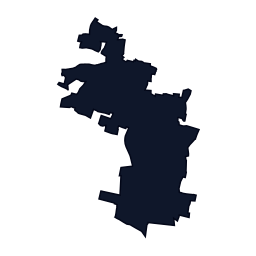 the district of Tinum, Yucatán, Mexico, rotated 275°
{"feature_id": "50627088B49969803808999", "entity_name": "Tinum", "entity_type": "district", "adm_level": 2, "iso_a3": "MEX", "parent_name": "Mexico", "parent_adm1": "Yucatán", "projection": "mercator", "projection_center": [-88.459, 20.741], "detail": "fine", "context": "isolated", "style": "filled", "palette": "ink", "viewbox_px": 256, "rotation_deg": 275, "n_neighbors": 0, "source": "geoboundaries", "source_scale": "gbopen_adm2", "svg_char_len": 5872}
<svg xmlns="http://www.w3.org/2000/svg" viewBox="0 0 256 256"><g transform="rotate(275 128 128)"><path d="M170.3,180.0L163.0,179.0L163.1,176.0L166.1,176.1L166.1,170.4L164.0,170.6L164.9,164.9L165.3,163.5L165.4,162.9L165.1,161.4L165.2,160.8L165.0,160.2L163.6,160.0L164.2,152.5L162.8,152.3L162.0,152.3L163.1,149.8L164.2,147.8L167.3,147.6L167.2,141.6L168.2,141.8L169.8,142.4L171.2,142.8L172.1,143.2L172.8,143.5L173.1,143.4L173.8,143.6L174.3,143.5L175.6,143.5L176.7,143.7L176.6,144.3L176.5,145.3L176.4,146.1L176.4,146.9L177.2,146.8L178.8,146.6L179.1,146.6L180.0,146.6L180.5,146.7L182.0,146.6L182.9,146.7L183.4,146.7L183.7,146.8L183.8,148.0L183.8,149.1L183.6,149.9L184.5,150.1L185.0,150.3L185.3,150.3L185.9,150.3L186.2,150.4L186.8,150.9L187.1,150.9L187.9,150.9L188.8,151.3L189.1,151.3L189.8,150.9L190.1,150.3L190.3,149.5L190.7,148.6L191.1,147.3L191.5,145.6L191.5,145.1L193.0,144.6L193.9,144.6L194.2,139.5L193.9,139.1L195.5,135.9L195.5,132.9L195.7,132.2L196.7,130.3L197.1,129.6L195.5,129.3L196.0,128.2L194.4,127.6L195.0,123.7L195.1,122.7L195.1,122.4L195.3,121.4L194.0,120.8L194.0,119.3L195.7,116.5L196.3,116.2L198.0,117.7L199.0,116.1L199.5,115.6L200.4,116.2L200.9,116.8L202.1,117.2L202.5,117.0L209.3,117.0L210.5,117.1L211.3,117.1L215.5,117.4L216.0,114.7L215.7,113.8L215.5,112.2L215.1,110.9L215.1,109.9L216.9,110.4L218.5,110.9L218.5,111.5L218.6,112.9L218.8,113.6L220.3,114.0L220.4,112.9L220.1,111.7L220.2,111.1L220.2,110.1L220.3,109.3L220.9,109.4L221.6,106.8L223.1,107.3L223.6,107.7L224.2,107.9L227.2,107.7L225.8,105.3L224.8,103.8L225.0,103.2L226.1,101.4L226.2,101.0L226.8,100.2L227.3,98.5L227.4,97.7L227.4,95.8L227.6,94.7L227.5,93.9L227.9,93.4L230.1,89.3L231.2,87.3L233.1,88.6L234.6,85.8L231.3,84.0L230.7,83.6L228.0,82.2L227.2,82.1L226.5,81.8L224.8,81.6L222.3,81.3L217.9,81.5L218.0,79.7L218.0,78.3L218.0,77.5L217.6,75.0L216.7,74.6L216.6,74.3L216.2,72.7L216.2,72.1L216.1,71.4L210.2,70.4L209.5,74.2L207.3,73.3L203.9,73.0L203.9,73.4L203.7,75.0L203.7,75.8L203.8,76.1L203.9,76.5L203.9,76.8L204.3,78.7L204.4,79.6L204.2,81.2L204.1,82.4L203.9,83.9L203.7,85.3L203.2,86.7L202.6,87.9L202.1,89.3L201.3,91.8L202.2,92.5L202.9,92.9L203.3,93.2L203.6,93.3L204.2,93.4L205.7,93.5L206.6,93.5L207.6,93.8L208.6,93.7L209.5,93.8L209.9,93.7L210.6,93.4L211.6,93.1L211.5,94.4L211.8,95.3L211.8,95.6L211.7,97.3L211.7,98.5L211.6,99.2L210.2,98.8L208.3,98.4L207.5,98.1L206.7,97.8L205.5,97.5L204.3,96.6L203.6,96.2L203.2,95.9L202.9,95.7L201.5,95.1L200.2,94.9L199.9,95.3L199.8,95.5L199.5,95.9L199.3,96.6L199.0,97.2L198.3,98.3L197.7,100.0L196.4,100.2L195.8,100.2L195.3,100.1L194.6,100.1L191.5,100.4L191.4,99.8L191.0,99.3L190.7,98.6L190.3,97.5L189.7,95.5L189.4,94.9L189.0,94.1L188.8,93.3L188.5,92.9L188.3,92.3L188.1,91.1L187.9,90.6L187.6,90.1L187.6,89.6L187.5,89.1L187.5,88.3L187.6,88.1L187.6,87.4L187.7,86.8L187.8,85.7L188.1,84.3L188.1,83.0L187.8,79.2L187.6,78.5L187.5,76.7L187.2,74.9L187.1,74.6L186.8,74.1L185.7,72.7L185.0,71.8L184.0,70.8L183.8,70.4L182.6,67.9L182.3,66.6L182.1,66.1L182.1,65.8L181.5,63.6L181.3,62.9L181.3,62.4L181.1,61.8L181.0,61.5L180.9,61.2L180.8,60.1L180.8,59.3L180.7,58.1L180.6,57.3L177.7,57.8L177.0,57.4L176.2,57.3L175.4,57.4L174.5,57.8L174.9,59.9L172.8,61.5L166.3,60.6L167.3,55.4L166.7,55.1L165.5,54.3L164.7,55.6L164.2,56.8L163.6,58.0L162.6,61.0L162.5,61.4L162.1,62.3L161.8,63.3L161.5,63.9L161.1,64.4L161.0,64.8L160.3,65.1L165.9,64.1L172.3,72.1L171.9,74.6L170.5,77.1L170.4,79.1L170.6,81.9L166.7,79.8L162.9,76.7L158.9,75.3L156.9,73.8L157.2,73.2L157.2,72.5L157.8,69.0L155.6,68.3L151.2,59.8L146.3,59.1L143.2,58.9L143.4,67.9L144.2,69.2L144.3,69.9L144.1,70.6L143.9,71.0L143.6,71.8L143.4,73.6L141.4,73.4L140.9,73.8L140.7,74.2L140.2,74.9L139.9,75.4L139.5,76.0L138.7,76.9L138.4,77.4L138.1,78.6L137.5,81.8L137.3,82.9L137.0,84.6L135.2,88.5L135.1,88.8L134.7,89.7L135.6,89.9L139.8,91.0L141.3,91.4L143.6,92.0L142.9,94.3L142.4,95.6L141.8,96.5L141.1,102.2L140.9,104.0L139.9,108.0L142.0,109.0L141.6,110.2L141.4,111.8L139.5,111.5L136.5,110.3L135.6,109.8L136.0,108.7L138.1,100.3L134.3,99.4L131.8,98.9L129.9,98.4L129.1,99.3L128.4,100.1L128.1,100.6L127.8,102.5L127.8,102.8L128.1,103.5L128.3,104.1L128.7,105.7L127.7,105.7L126.5,105.8L126.0,105.7L125.0,105.6L123.6,105.3L123.0,105.3L121.3,111.7L121.0,113.5L120.9,115.2L120.6,117.7L126.0,118.3L126.2,117.8L126.6,117.7L129.3,118.5L128.1,122.4L127.3,125.8L129.0,126.3L128.5,128.5L126.6,128.3L119.9,126.1L118.1,125.9L116.9,125.9L115.0,126.0L112.0,126.6L109.1,127.8L101.0,132.3L99.6,132.9L91.3,135.7L91.1,135.8L90.2,135.7L90.0,134.2L88.0,124.5L79.7,123.6L79.9,125.2L60.4,125.9L62.5,109.1L62.8,107.2L62.8,106.5L54.8,105.3L52.1,121.2L51.4,121.1L50.8,123.7L48.3,123.8L48.2,124.2L47.6,124.1L47.0,123.8L46.3,123.7L41.9,123.5L39.3,123.2L38.3,123.0L38.1,122.8L37.4,124.1L36.8,125.4L36.2,127.1L35.6,128.3L33.9,131.6L32.2,135.2L31.9,138.6L30.9,140.6L29.1,144.4L27.4,148.2L26.3,150.6L21.4,154.7L32.7,155.2L33.4,155.4L34.7,156.2L35.6,156.2L35.1,179.6L35.0,182.7L42.1,181.4L39.7,185.3L41.3,185.7L44.0,186.5L45.8,186.6L44.2,196.6L48.5,196.6L48.5,195.0L55.4,195.3L58.0,196.3L61.0,196.5L61.1,197.5L61.2,201.0L61.4,201.0L67.0,201.7L67.4,199.2L67.2,197.8L67.3,197.2L67.3,195.3L67.4,191.6L67.5,190.7L67.7,188.3L68.0,187.3L68.2,186.6L68.4,184.8L72.1,184.0L79.2,185.0L84.0,186.9L83.7,189.3L88.9,189.9L90.2,189.5L100.9,188.9L101.7,188.3L104.6,187.8L105.5,190.6L107.7,190.5L113.7,189.2L116.9,191.1L118.0,192.0L121.2,194.5L122.5,195.4L122.8,196.1L123.7,196.2L125.4,196.7L125.7,196.7L128.1,197.4L132.6,198.9L135.3,186.2L134.8,183.5L134.8,182.9L134.9,181.8L135.6,178.6L137.7,178.3L138.5,178.0L138.6,177.7L138.5,177.4L138.6,177.2L139.3,177.0L142.8,176.8L143.0,177.1L142.9,177.8L142.5,179.1L142.3,181.0L141.0,181.8L140.5,182.2L140.0,182.7L139.8,183.1L139.8,183.5L140.0,184.0L143.9,184.3L146.7,184.7L146.9,183.8L151.8,184.1L153.6,183.9L155.4,183.6L158.4,182.9L161.7,184.7L167.1,187.0L170.6,187.5L172.0,184.6L170.5,181.0L170.3,180.0Z" fill="#0f172a" stroke="#020617" stroke-width="1.5"/></g></svg>